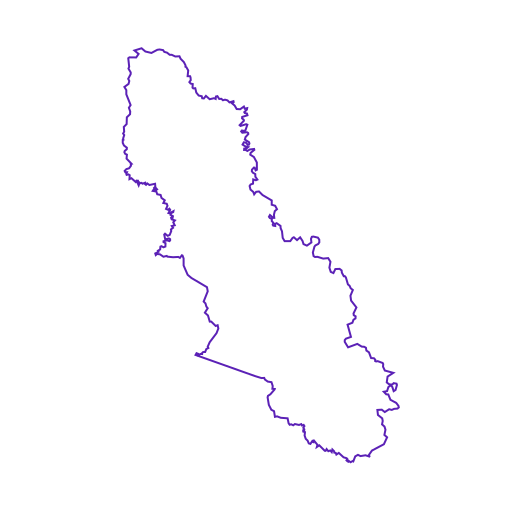 outline of Tchologo, Savanes, Ivory Coast, rotated 18°
{"feature_id": "98640826B18937667882346", "entity_name": "Tchologo", "entity_type": "district", "adm_level": 2, "iso_a3": "CIV", "parent_name": "Ivory Coast", "parent_adm1": "Savanes", "projection": "mercator", "projection_center": [-4.919, 9.548], "detail": "fine", "context": "isolated", "style": "outline", "palette": "violet", "viewbox_px": 512, "rotation_deg": 18, "n_neighbors": 0, "source": "geoboundaries", "source_scale": "gbopen_adm2", "svg_char_len": 6109}
<svg xmlns="http://www.w3.org/2000/svg" viewBox="0 0 512 512"><g transform="rotate(18 256 256)"><path d="M346.6,247.7L345.7,248.1L342.8,245.3L341.9,243.3L339.5,242.4L335.5,243.9L334.9,248.3L332.0,248.0L329.4,244.4L328.6,238.5L325.3,235.7L320.7,237.7L314.7,237.8L312.4,238.7L310.8,238.3L309.0,235.1L308.7,229.0L309.2,227.6L311.5,225.3L312.0,223.4L311.1,220.9L309.2,219.4L304.5,219.8L303.2,220.5L303.0,222.7L304.5,226.0L301.2,230.4L297.5,230.0L295.6,227.3L292.2,224.6L290.1,228.2L286.2,226.5L285.2,227.5L284.0,231.3L278.6,233.0L275.8,230.5L273.1,224.5L270.8,221.9L270.0,219.8L265.5,218.4L264.2,219.6L265.0,221.5L263.0,221.8L262.2,221.1L262.3,219.1L260.2,217.9L259.6,215.8L257.4,215.6L256.2,214.7L256.6,212.7L260.7,214.4L261.6,214.1L260.3,211.2L260.0,207.5L261.5,205.0L258.7,202.3L255.1,202.4L253.8,198.3L243.4,196.0L238.9,193.7L236.3,194.9L235.2,197.9L233.6,195.9L230.2,194.5L228.3,191.4L228.8,189.6L230.8,188.1L229.7,184.0L232.5,184.0L233.7,182.9L230.9,180.8L230.0,178.3L227.2,177.7L225.8,176.6L225.5,175.1L226.7,172.5L227.4,172.4L229.2,174.7L230.2,173.7L227.9,166.8L223.4,162.5L219.2,161.4L219.0,159.6L221.6,155.6L221.1,154.8L217.2,156.6L215.3,158.8L213.4,158.3L211.9,158.8L211.6,157.5L213.9,156.4L214.9,154.8L211.9,155.0L208.8,154.2L209.3,151.6L211.4,151.3L213.8,152.8L214.8,152.4L215.0,151.1L214.2,149.9L209.4,148.7L209.3,146.1L211.0,142.4L210.5,141.4L209.1,141.1L204.9,143.0L203.4,142.1L203.8,141.0L206.0,140.7L207.1,139.7L207.2,133.8L205.9,133.7L201.1,137.1L200.0,136.6L202.7,131.1L202.2,130.2L200.2,129.4L199.9,128.0L204.4,124.8L203.4,123.3L201.2,123.5L200.4,122.8L202.1,119.6L201.9,118.1L199.8,119.4L198.3,117.6L195.6,121.3L192.2,122.2L189.2,119.5L186.0,118.2L187.2,116.5L186.7,115.7L183.3,118.1L180.8,116.8L178.2,116.9L176.4,118.1L174.5,117.2L172.5,118.0L169.9,115.9L168.6,116.7L169.1,119.1L167.3,118.9L163.5,121.2L158.9,119.2L157.7,122.3L156.1,122.6L155.0,120.8L151.9,121.1L148.7,119.0L146.4,115.2L144.6,116.0L143.6,115.5L142.7,112.0L140.5,112.2L138.9,111.2L139.6,108.9L138.6,106.5L137.8,105.4L135.4,106.1L134.2,100.5L131.5,98.0L130.4,97.8L130.1,96.5L127.5,93.9L123.3,91.7L121.5,89.7L117.6,91.2L113.7,90.7L111.7,91.3L108.6,90.1L105.7,90.2L104.0,88.9L100.4,89.4L98.4,90.4L93.8,95.2L87.6,95.7L83.0,93.8L76.9,98.1L81.9,100.1L80.7,104.2L74.2,106.2L73.4,107.4L76.9,115.2L76.8,117.2L80.1,120.1L80.6,121.7L79.7,127.0L81.4,128.7L81.6,131.7L78.6,135.9L81.4,138.3L82.7,142.3L90.1,151.2L89.3,154.3L91.7,157.4L92.4,160.1L90.3,164.0L92.2,170.5L90.4,174.1L92.2,178.5L91.8,180.6L93.3,181.7L93.3,185.2L94.0,186.4L93.4,186.8L94.3,189.6L96.3,191.7L99.7,192.9L100.1,194.4L98.7,196.6L98.7,197.9L99.9,199.2L101.9,199.5L102.8,203.4L109.2,206.8L108.5,207.3L109.2,208.8L108.2,211.8L105.9,213.4L104.8,215.7L105.8,216.7L107.4,216.2L107.2,217.9L107.9,218.8L109.5,217.8L110.9,218.2L111.9,222.0L113.5,220.5L118.7,222.8L119.1,221.2L121.3,220.7L120.2,221.4L120.1,222.3L122.6,225.1L122.7,222.7L121.5,221.7L123.4,222.6L124.6,221.8L125.7,222.3L128.0,220.5L128.6,221.4L127.8,221.7L129.4,222.3L130.2,220.6L132.7,221.4L137.7,218.5L138.8,221.1L138.1,222.6L139.4,223.3L140.0,222.4L141.3,223.2L140.7,223.9L138.3,223.8L137.7,226.0L141.3,225.5L143.0,227.8L146.4,227.4L148.2,230.0L152.0,231.2L151.5,234.2L155.0,233.9L156.3,235.6L155.9,239.0L158.1,239.2L159.0,237.8L160.1,238.6L159.5,242.2L160.6,242.1L163.6,238.9L163.7,239.8L162.0,241.5L162.0,243.3L164.7,243.8L164.8,244.9L164.1,244.5L163.4,245.9L164.5,247.2L167.9,247.2L166.9,249.5L169.2,251.9L166.7,253.5L168.4,254.8L166.9,257.0L167.7,258.5L167.4,262.6L165.8,264.1L162.6,262.9L162.1,264.0L164.5,268.2L167.7,266.2L169.1,266.5L169.5,267.6L169.1,268.6L166.6,268.6L163.5,270.5L163.7,271.3L166.0,271.8L166.9,275.0L165.3,276.3L163.0,275.9L162.2,276.6L162.8,279.4L161.1,281.3L162.0,282.1L159.4,284.7L160.4,286.1L161.3,284.6L164.2,284.1L168.2,285.3L171.1,283.5L171.9,284.0L177.5,282.8L182.4,280.9L184.2,281.3L185.3,278.2L186.0,278.3L187.9,280.7L190.1,287.4L196.8,295.0L201.5,296.9L219.0,300.8L221.0,304.5L220.3,315.5L222.6,316.7L224.4,319.4L226.2,320.6L224.9,325.7L228.7,327.4L232.3,332.7L233.7,332.2L239.3,335.0L240.9,333.7L242.6,336.6L242.3,341.6L238.6,352.3L238.1,357.2L239.1,358.2L237.5,359.9L237.3,363.0L235.4,363.7L234.7,365.1L235.0,365.9L233.5,366.3L231.7,368.3L231.2,366.9L229.5,366.8L229.1,368.8L292.4,370.5L298.9,370.4L301.5,369.4L302.6,370.7L306.0,371.8L309.7,371.2L312.1,374.5L312.6,377.2L314.9,376.7L314.9,377.2L312.4,383.1L310.6,385.3L310.7,386.8L314.2,393.6L318.1,397.5L321.1,398.0L323.7,403.1L325.6,402.0L329.6,402.2L336.2,400.6L338.7,405.0L340.2,406.1L341.4,405.2L343.7,405.5L344.9,403.8L349.1,403.4L351.0,401.9L352.2,403.0L353.5,401.9L354.6,402.8L354.1,404.8L355.5,405.9L355.7,407.0L354.8,407.3L355.2,408.4L357.0,408.4L357.7,411.7L359.8,414.5L362.1,415.6L364.1,417.9L365.8,417.9L366.5,415.3L367.8,415.3L367.1,414.1L368.0,413.5L372.8,416.6L372.9,418.8L374.7,416.5L381.6,420.0L382.4,419.8L382.8,417.8L385.1,419.3L386.7,418.0L388.6,419.1L388.4,416.4L390.7,417.6L391.2,418.8L392.8,418.7L393.8,420.0L395.6,417.7L401.5,420.4L404.6,420.3L405.5,420.8L405.2,422.4L406.5,423.0L407.2,423.1L407.2,422.1L409.7,422.9L411.4,421.0L412.0,421.2L412.3,415.9L414.4,413.6L417.2,414.0L421.7,411.7L426.5,411.7L424.7,410.8L426.4,405.2L435.8,395.5L436.7,387.9L433.4,386.5L432.8,381.2L430.9,378.5L427.9,377.2L427.5,373.7L426.2,371.4L421.1,369.5L419.0,364.9L423.1,363.3L426.7,364.6L430.0,360.6L432.7,360.4L434.6,358.7L437.7,357.4L438.6,355.9L437.8,354.5L434.8,352.4L428.3,351.2L424.6,346.8L422.6,347.3L419.5,345.6L422.4,344.0L422.4,339.7L423.6,338.0L424.7,337.6L426.1,338.4L428.7,342.0L430.1,340.3L429.9,335.1L429.1,334.0L426.2,334.4L425.5,335.9L424.0,336.6L422.0,336.8L419.4,335.8L418.4,330.0L422.7,324.7L413.9,325.1L411.0,322.0L410.4,319.5L409.5,318.6L404.2,318.4L402.8,319.2L401.7,319.0L401.5,317.8L399.8,316.8L397.0,317.5L393.2,312.7L390.2,311.8L388.9,309.3L386.9,308.9L384.6,309.5L379.5,308.3L371.8,314.4L366.9,310.2L366.4,308.5L367.1,306.8L371.3,303.6L364.3,293.0L368.3,289.7L368.4,286.5L369.9,284.6L369.4,282.6L367.3,282.1L366.5,280.5L367.4,273.9L360.2,269.0L358.1,264.6L358.6,258.4L356.0,257.4L354.2,255.4L352.2,254.6L348.1,248.6L346.6,247.7Z" fill="none" stroke="#5b21b6" stroke-width="2"/></g></svg>